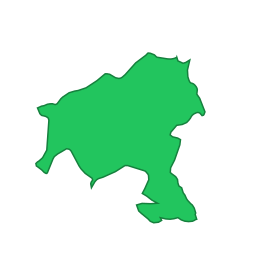 the border of Akershus, rotated 287°
{"feature_id": "NOR-917", "entity_name": "Akershus", "entity_type": "County", "adm_level": 1, "iso_a3": "NOR", "parent_name": "Norway", "parent_adm1": "", "projection": "robinson", "projection_center": [11.148, 60.053], "detail": "fine", "context": "isolated", "style": "filled", "palette": "green", "viewbox_px": 256, "rotation_deg": 287, "n_neighbors": 0, "source": "natural_earth", "source_scale": "10m", "svg_char_len": 2182}
<svg xmlns="http://www.w3.org/2000/svg" viewBox="0 0 256 256"><g transform="rotate(287 128 128)"><path d="M209.9,154.0L206.8,156.1L206.0,161.7L207.5,164.0L211.1,167.2L200.8,167.9L194.4,170.3L191.4,172.4L190.0,173.7L189.4,175.0L189.5,176.2L189.3,177.7L188.7,179.2L187.5,181.0L186.1,182.4L184.8,183.1L180.5,183.9L177.3,187.9L165.9,196.9L163.0,196.7L162.2,196.3L161.5,195.2L163.3,192.3L163.4,191.2L163.1,189.7L162.3,188.6L160.6,186.8L159.1,185.8L157.6,185.2L155.6,184.8L153.2,183.9L150.4,182.5L147.2,178.8L144.8,173.8L136.5,170.2L133.7,170.3L132.6,173.2L132.9,178.5L132.2,181.6L127.0,182.5L111.0,181.9L102.4,180.4L97.9,181.4L97.2,182.7L95.4,187.8L94.1,189.4L93.2,190.4L90.0,191.8L87.6,193.5L87.3,194.0L86.5,196.8L82.2,199.7L80.5,202.0L77.5,204.6L76.2,206.2L74.0,210.0L73.1,212.1L70.7,214.8L66.5,217.6L66.1,217.6L65.0,217.5L60.8,220.4L60.2,219.4L59.0,218.4L57.7,216.9L56.2,213.3L55.5,209.5L55.7,205.7L56.9,202.0L54.7,198.5L53.1,195.0L52.1,190.7L51.7,185.1L49.5,187.2L46.8,184.7L44.9,180.3L45.3,176.6L47.0,173.6L50.2,165.8L51.8,162.5L56.9,158.7L60.0,163.5L62.2,171.8L64.7,178.3L66.0,172.0L68.4,165.7L69.6,160.8L74.9,161.8L84.6,163.0L88.8,161.4L89.8,160.4L91.7,157.4L91.9,156.0L92.0,138.8L91.2,136.1L82.6,128.7L73.6,118.4L71.0,114.6L69.3,113.1L66.8,112.0L60.2,110.5L63.7,108.7L65.4,108.6L68.0,109.4L68.9,108.7L69.5,108.2L72.1,100.3L75.2,95.0L77.4,92.3L89.3,80.4L90.2,78.9L90.5,78.0L90.2,75.3L82.5,68.2L79.1,65.9L76.5,65.3L61.8,64.0L60.8,63.6L60.6,62.8L61.0,60.9L62.7,57.8L64.6,52.6L64.9,51.5L67.1,50.3L69.0,51.3L70.4,52.5L73.8,54.6L74.9,55.1L83.1,56.8L112.2,50.1L113.8,49.1L114.5,48.2L115.0,46.1L115.0,44.6L114.8,41.8L115.4,40.4L116.0,39.5L120.5,35.8L120.7,35.6L123.6,38.9L124.8,41.2L127.1,43.9L128.2,46.1L129.1,48.6L129.1,51.5L129.9,52.6L130.6,53.2L136.4,55.3L138.6,56.6L144.5,61.4L147.7,66.2L149.3,69.4L154.2,76.2L164.2,84.5L173.1,90.3L173.7,92.2L174.0,94.8L172.4,101.4L172.7,104.7L173.5,106.3L174.8,107.6L178.2,109.7L192.5,116.3L202.8,123.8L205.4,125.1L205.7,125.7L206.0,127.6L205.7,131.6L205.3,132.6L204.5,134.0L204.2,134.6L204.2,135.4L205.7,145.9L206.5,148.9L207.5,150.9L208.5,152.4L209.8,153.9L209.8,154.0L209.9,154.0Z" fill="#22c55e" stroke="#15803d" stroke-width="1.5"/></g></svg>